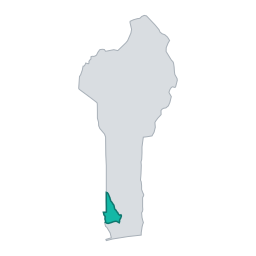 Benin, with Kouffo highlighted
{"feature_id": "BEN-2176", "entity_name": "Kouffo", "entity_type": "Department", "adm_level": 1, "iso_a3": "BEN", "parent_name": "Benin", "parent_adm1": "", "projection": "robinson", "projection_center": [1.816, 7.113], "detail": "fine", "context": "in_parent", "style": "filled", "palette": "teal", "viewbox_px": 256, "rotation_deg": 0, "n_neighbors": 0, "source": "natural_earth", "source_scale": "10m", "svg_char_len": 2760}
<svg xmlns="http://www.w3.org/2000/svg" viewBox="0 0 256 256"><path d="M106.3,240.6L105.9,239.4L111.3,237.8L110.2,233.0L106.8,227.3L105.5,226.3L104.8,223.4L105.6,221.6L105.3,220.3L105.0,216.5L103.3,212.3L106.3,212.1L106.3,198.5L106.3,185.5L106.3,174.4L106.3,165.6L105.8,155.1L105.7,147.3L105.6,137.1L104.5,134.0L99.9,128.6L98.7,125.8L98.5,122.1L97.4,118.2L97.4,111.6L97.3,103.8L96.9,102.6L92.0,98.8L85.0,93.6L79.6,89.6L79.2,89.3L78.7,88.3L79.5,76.5L80.6,74.9L82.3,70.1L83.1,66.2L83.9,66.2L85.0,64.9L85.8,63.0L86.8,63.4L88.3,63.8L89.0,63.1L88.9,61.7L89.5,60.2L90.7,59.5L91.0,58.2L91.0,56.7L92.1,56.3L93.9,56.4L95.3,55.9L96.5,55.1L98.0,52.1L98.9,51.0L99.2,50.3L100.0,49.6L102.4,49.3L104.3,49.5L105.6,51.3L113.8,49.7L117.8,50.6L125.8,42.9L127.6,40.7L130.0,35.2L130.9,33.1L131.6,29.4L130.0,22.5L130.1,21.3L133.4,19.8L137.6,18.6L139.2,18.5L140.2,18.0L141.7,16.5L144.2,15.4L145.6,15.7L146.5,15.9L155.2,25.1L159.0,29.7L160.0,32.0L162.0,33.7L164.9,34.8L167.5,37.1L169.6,40.5L168.2,42.8L166.2,47.7L166.1,51.5L171.0,59.5L171.5,60.3L172.8,61.5L173.5,63.0L174.1,66.9L174.4,71.4L174.8,74.4L177.1,78.6L177.3,80.3L175.7,86.5L175.3,87.2L174.9,87.4L172.4,86.8L171.3,87.5L169.9,89.6L169.1,91.8L169.0,92.6L171.3,96.6L169.9,102.3L168.4,105.8L165.9,107.9L163.5,108.3L161.9,109.3L161.0,110.5L161.1,114.6L157.7,118.3L155.8,120.9L154.9,122.5L155.3,127.3L154.1,132.1L152.0,135.9L147.3,136.7L143.3,137.2L142.0,146.9L142.0,153.1L141.7,159.4L141.0,161.9L141.3,165.5L141.0,173.7L140.5,180.1L141.2,181.8L141.6,185.6L141.6,189.5L142.6,192.2L143.7,194.6L143.6,195.8L143.1,196.6L142.6,197.6L142.6,206.8L142.8,209.5L142.5,211.3L141.6,212.8L142.0,217.4L142.7,220.4L143.4,222.6L142.7,224.4L142.1,226.8L141.2,232.9L141.2,235.1L127.7,236.6L112.6,239.0L106.3,240.6Z" fill="#d9dde1" stroke="#a8b0b8" stroke-width="1"/><path d="M105.8,212.3L106.4,212.1L106.4,206.8L106.3,201.5L106.3,196.0L106.3,192.4L107.3,192.7L108.0,193.6L108.3,194.1L110.0,198.1L110.1,199.0L110.3,199.3L110.4,199.6L110.5,199.9L110.6,200.6L110.7,200.9L110.9,201.2L111.4,201.6L112.7,203.5L112.8,203.9L112.9,204.1L113.4,204.4L113.9,205.3L114.3,207.1L114.6,208.6L115.0,209.4L115.2,209.6L115.4,209.7L115.9,210.1L116.6,211.3L117.1,212.1L117.6,212.4L118.0,213.2L118.2,213.8L118.3,214.0L119.5,215.1L119.8,215.2L120.0,215.2L120.4,215.1L120.9,214.8L121.1,215.0L121.4,215.9L121.3,216.4L121.1,216.9L120.6,218.3L120.4,218.6L120.1,219.0L119.7,219.9L119.6,220.3L119.5,220.6L119.6,221.0L119.6,221.8L119.2,222.8L117.2,221.6L116.2,221.3L115.2,221.3L113.4,221.7L111.4,222.5L108.3,223.4L107.6,223.3L107.1,223.3L105.3,222.3L105.2,222.2L105.5,221.9L105.6,221.3L105.4,220.4L105.1,219.7L105.0,219.0L105.0,218.4L105.2,216.9L105.2,216.4L104.9,216.0L104.4,215.6L104.0,214.9L103.4,212.3L105.8,212.3Z" fill="#14b8a6" stroke="#0f766e" stroke-width="1.5"/></svg>